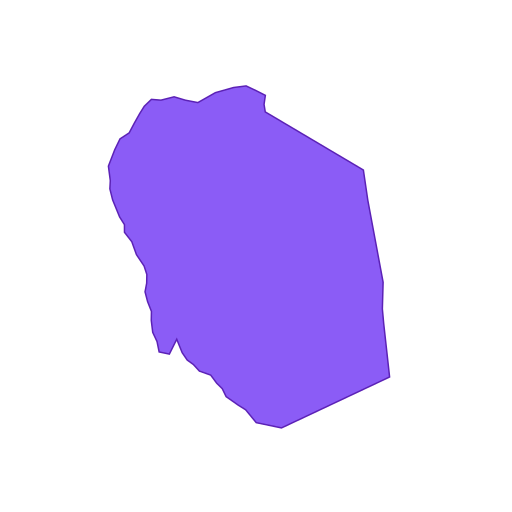 outline of Serrinha dos Pintos, Rio Grande do Norte, Brazil, rotated 122°
{"feature_id": "56859067B3628897818784", "entity_name": "Serrinha dos Pintos", "entity_type": "district", "adm_level": 2, "iso_a3": "BRA", "parent_name": "Brazil", "parent_adm1": "Rio Grande do Norte", "projection": "orthographic", "projection_center": [-37.983, -6.143], "detail": "fine", "context": "isolated", "style": "filled", "palette": "violet", "viewbox_px": 512, "rotation_deg": 122, "n_neighbors": 0, "source": "geoboundaries", "source_scale": "gbopen_adm2", "svg_char_len": 866}
<svg xmlns="http://www.w3.org/2000/svg" viewBox="0 0 512 512"><g transform="rotate(122 256 256)"><path d="M375.5,303.1L381.0,294.6L388.7,287.3L385.1,277.5L368.6,279.1L377.1,267.4L380.7,259.2L381.2,251.6L383.6,243.0L381.0,231.3L384.7,221.9L386.4,214.3L391.1,206.8L391.9,192.0L391.9,183.3L397.2,167.5L388.3,143.3L287.8,78.6L245.5,112.0L233.9,120.8L210.9,134.3L149.5,190.7L126.2,210.5L128.9,324.5L123.2,329.5L114.8,333.2L115.7,343.3L117.0,354.5L125.0,364.3L139.0,377.0L156.7,386.6L161.3,398.5L164.4,409.8L174.2,419.2L178.6,427.7L188.2,430.1L196.8,430.1L207.7,429.6L218.8,428.8L228.7,433.4L240.8,432.1L258.0,428.8L269.3,419.5L276.5,415.5L284.4,407.3L295.2,392.3L299.1,384.2L305.6,380.1L309.7,368.9L318.2,358.1L323.8,345.6L329.5,338.8L337.0,334.3L345.2,331.1L352.1,323.8L358.4,315.3L366.1,310.7L375.5,303.1Z" fill="#8b5cf6" stroke="#5b21b6" stroke-width="1.5"/></g></svg>